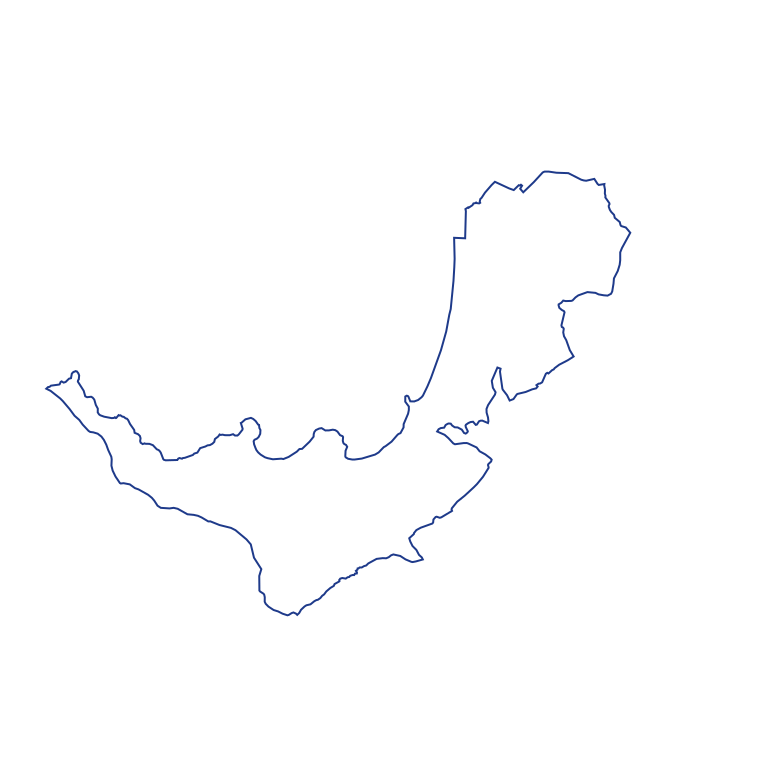 outline of Lien Chieu, Đà Nẵng, Vietnam, rotated 239°
{"feature_id": "81297802B84719552891507", "entity_name": "Lien Chieu", "entity_type": "district", "adm_level": 2, "iso_a3": "VNM", "parent_name": "Vietnam", "parent_adm1": "Đà Nẵng", "projection": "albers", "projection_center": [108.134, 16.122], "detail": "fine", "context": "isolated", "style": "outline", "palette": "blue", "viewbox_px": 768, "rotation_deg": 239, "n_neighbors": 0, "source": "geoboundaries", "source_scale": "gbopen_adm2", "svg_char_len": 6147}
<svg xmlns="http://www.w3.org/2000/svg" viewBox="0 0 768 768"><g transform="rotate(239 384 384)"><path d="M500.2,583.2L499.1,578.6L496.0,569.1L493.3,563.5L493.0,561.9L491.2,560.1L489.8,559.8L489.8,558.6L491.6,556.3L492.1,556.3L492.1,555.1L492.7,553.7L491.7,551.9L491.5,547.2L492.1,547.1L492.0,543.9L490.0,543.2L467.1,528.6L473.2,519.4L454.9,509.0L447.9,504.4L436.5,496.6L413.9,479.8L409.7,475.6L397.0,464.4L383.6,450.2L365.0,427.4L359.6,420.0L354.0,411.4L353.3,409.4L352.7,405.0L353.5,400.9L355.6,397.6L360.6,398.4L361.5,398.2L362.3,397.4L362.3,395.8L357.9,393.1L351.9,393.7L348.9,391.9L346.1,389.3L339.5,380.2L336.7,378.4L333.4,372.8L333.7,370.6L333.4,369.1L330.7,360.8L329.9,353.3L330.0,351.3L328.1,344.2L328.1,340.0L331.5,326.6L334.4,319.9L335.6,317.9L338.4,314.7L340.9,313.4L342.0,313.6L346.6,316.7L349.1,320.1L351.3,320.1L353.1,319.0L354.4,318.8L356.5,319.4L359.6,321.6L360.6,321.6L362.8,320.0L367.2,319.6L369.5,318.5L371.2,316.6L372.6,312.9L374.4,309.8L378.3,307.8L379.2,305.5L379.6,301.9L378.8,299.7L377.3,298.0L375.1,296.5L372.9,290.6L370.6,280.4L371.8,278.0L370.9,274.4L370.6,264.7L371.5,259.1L372.9,257.5L376.7,250.0L380.4,246.0L382.5,244.2L387.0,241.9L390.2,240.9L393.1,240.6L395.4,240.9L399.2,241.6L402.1,242.8L402.9,244.3L402.6,246.9L403.1,249.2L405.0,252.2L408.2,254.4L410.4,254.5L413.3,255.8L414.0,255.2L418.3,254.9L421.4,253.9L423.5,252.5L425.1,247.0L424.2,242.1L424.3,241.2L418.5,239.8L417.7,239.1L415.6,233.6L415.3,231.8L416.6,229.7L418.7,228.8L419.6,225.3L422.2,221.1L423.7,219.6L424.5,217.7L425.4,217.1L424.4,214.9L423.9,210.7L421.8,208.7L421.2,206.2L421.3,203.3L422.3,201.1L422.4,198.8L423.7,193.4L421.3,188.7L422.1,185.5L421.6,183.6L423.3,175.3L424.1,173.4L424.0,172.4L425.9,170.5L426.0,169.2L425.3,167.7L431.0,157.6L432.4,156.3L433.2,156.1L440.2,157.3L441.9,157.2L443.4,156.8L445.1,155.6L450.6,154.4L453.5,152.1L455.8,148.5L456.4,148.2L456.8,146.2L459.0,145.2L460.7,145.6L462.9,147.4L465.2,148.0L467.7,147.3L470.6,145.1L473.3,146.2L480.5,145.7L484.8,146.1L486.6,145.8L487.7,144.8L489.9,144.0L490.8,142.9L492.9,142.0L493.3,140.9L494.0,140.5L492.8,137.0L492.9,136.6L494.1,136.2L494.0,135.0L495.0,133.0L500.1,127.3L503.3,124.7L504.7,124.1L507.1,124.0L510.3,126.0L514.5,126.2L519.7,127.6L520.9,127.5L522.5,127.2L523.9,126.4L525.6,122.7L527.3,121.6L532.9,123.1L543.7,122.8L544.7,123.6L545.1,124.7L548.3,127.1L550.6,127.5L553.0,127.2L554.0,126.1L553.9,125.1L554.3,124.1L553.7,121.8L550.2,118.7L550.8,116.7L549.7,112.1L550.2,110.1L552.3,109.0L552.3,107.9L550.8,105.8L550.9,105.1L554.1,97.7L553.8,95.9L554.4,94.4L553.9,92.1L549.8,94.7L538.4,99.0L534.8,99.9L524.5,101.6L516.1,102.4L510.2,104.3L504.4,104.8L495.9,106.6L494.2,107.5L492.3,109.9L488.9,113.0L484.5,114.7L480.4,115.1L475.0,114.7L469.5,113.6L462.1,112.8L459.7,111.8L454.4,108.3L449.5,106.8L443.0,106.2L435.2,106.6L434.3,107.1L433.1,109.7L428.9,114.4L423.0,116.9L420.1,119.3L410.4,124.8L406.0,126.4L402.3,127.0L396.3,127.2L392.8,128.9L387.8,136.1L386.2,139.9L383.3,142.9L373.6,148.4L369.9,153.4L366.9,156.6L363.6,158.9L356.7,162.6L355.7,164.4L347.8,170.4L339.5,178.7L335.2,181.4L321.6,186.1L315.1,187.2L302.1,183.1L288.5,183.5L283.7,178.2L271.1,170.8L270.0,170.9L266.3,172.7L265.1,172.8L262.7,172.0L258.8,169.6L256.5,169.4L252.7,170.3L247.1,173.0L243.6,176.1L239.3,178.8L235.5,182.1L235.1,183.4L235.2,186.8L234.8,188.7L232.5,190.3L230.8,190.7L231.4,193.4L233.2,196.6L234.2,201.2L234.3,203.5L233.0,207.5L233.7,212.4L233.6,214.8L233.1,216.1L233.3,219.2L234.3,221.9L234.5,224.3L235.9,227.7L236.8,233.0L236.8,237.0L238.0,238.6L237.8,243.8L238.0,244.4L239.0,244.6L239.7,246.2L239.2,248.3L236.9,251.0L237.1,253.2L236.5,254.8L237.0,256.3L236.4,258.8L235.6,260.0L236.4,261.4L235.6,263.1L236.5,263.8L238.3,263.7L238.6,265.7L239.5,266.4L239.1,267.4L239.3,268.6L238.2,270.4L238.2,273.0L237.6,275.3L238.3,278.1L237.9,287.6L235.4,293.2L233.5,296.1L233.1,298.9L233.5,301.8L233.1,304.2L228.2,309.4L222.6,312.1L217.4,315.9L216.6,316.9L215.5,319.9L213.6,326.9L215.9,327.1L219.5,326.0L225.1,326.3L230.4,325.0L235.5,325.4L238.8,326.2L240.0,332.3L240.8,333.0L242.1,336.5L241.9,341.5L239.5,353.6L240.0,354.8L242.4,356.6L243.4,359.7L243.1,360.8L240.6,362.9L240.2,364.5L240.2,377.0L241.7,377.3L242.5,378.1L245.4,386.1L246.7,395.6L249.2,407.7L250.3,412.1L253.5,421.1L258.2,430.4L258.8,430.8L261.0,431.4L261.6,432.2L262.4,435.9L263.7,437.3L265.6,436.9L271.4,434.6L277.1,431.3L281.9,430.7L289.7,425.5L290.8,424.5L292.4,421.7L295.8,413.8L297.4,412.8L304.5,411.3L309.2,409.8L315.9,405.1L317.1,407.5L317.0,409.9L315.6,413.1L317.1,415.7L317.1,418.0L316.8,419.2L315.6,420.8L313.4,421.0L310.5,422.3L308.8,424.8L304.8,427.2L300.8,427.4L299.4,428.5L299.6,430.5L300.3,431.5L304.9,431.9L306.4,432.5L306.9,433.3L307.1,436.2L306.8,438.6L305.8,440.9L301.7,441.6L301.4,442.7L303.1,446.3L302.8,447.9L302.0,449.4L297.0,453.0L298.3,454.3L301.7,455.9L306.6,457.2L309.8,459.0L312.3,462.3L317.8,473.7L319.5,475.4L324.7,475.4L331.2,478.0L339.7,489.7L337.1,491.8L334.9,489.8L319.1,483.1L318.0,482.9L311.0,483.7L305.1,483.2L304.4,487.2L306.7,492.5L306.7,493.4L304.2,501.3L303.1,508.3L301.9,512.2L302.7,514.4L304.5,514.1L304.7,516.6L304.0,518.1L304.0,520.4L309.4,528.0L309.5,529.7L308.3,530.4L309.3,535.3L309.1,537.0L309.7,538.4L310.3,544.1L309.7,553.8L309.9,560.7L317.3,560.7L327.8,562.8L332.2,562.9L335.9,564.2L338.7,566.5L340.0,566.6L341.3,565.8L342.9,566.3L352.5,575.7L353.7,575.8L356.0,574.5L359.0,573.5L361.6,574.2L362.3,574.7L362.3,577.8L363.2,580.6L361.5,582.4L358.8,587.3L358.5,588.6L359.6,592.7L359.9,596.2L358.0,605.7L353.2,612.2L350.3,614.1L346.9,618.0L344.6,621.2L344.4,625.1L345.8,627.3L351.8,632.4L356.1,635.5L360.5,642.6L364.8,647.4L368.4,650.2L375.2,654.3L378.0,658.0L386.8,673.0L393.6,671.9L397.2,668.7L398.5,668.6L401.4,669.5L407.6,667.4L410.5,668.3L414.4,667.4L416.9,667.3L420.0,667.9L421.0,668.4L422.1,670.0L423.0,670.3L429.9,669.8L431.3,670.8L433.5,671.4L436.7,673.5L440.8,675.0L441.9,675.9L444.0,670.6L445.5,670.1L451.5,669.9L454.1,662.0L455.6,660.1L457.5,658.3L469.8,650.6L476.3,640.6L481.3,634.5L483.4,630.9L483.6,629.0L479.9,616.4L476.6,602.1L481.2,601.3L482.9,604.5L484.3,604.0L484.2,602.6L485.0,601.9L483.4,595.1L487.2,592.0L500.2,583.2Z" fill="none" stroke="#1e3a8a" stroke-width="2"/></g></svg>